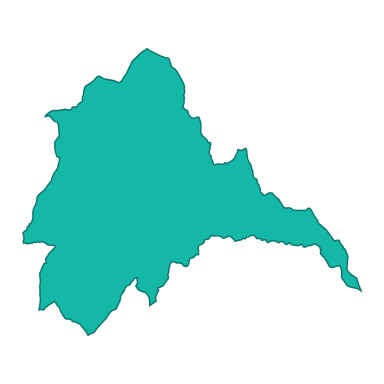 San Bernardo, Nariño, Colombia
{"feature_id": "7082276B75597823165208", "entity_name": "San Bernardo", "entity_type": "district", "adm_level": 2, "iso_a3": "COL", "parent_name": "Colombia", "parent_adm1": "Nariño", "projection": "equal_earth", "projection_center": [-77.01, 1.531], "detail": "fine", "context": "isolated", "style": "filled", "palette": "teal", "viewbox_px": 384, "rotation_deg": 0, "n_neighbors": 0, "source": "geoboundaries", "source_scale": "gbopen_adm2", "svg_char_len": 5926}
<svg xmlns="http://www.w3.org/2000/svg" viewBox="0 0 384 384"><path d="M45.3,116.5L49.1,115.8L52.0,118.5L53.4,120.3L55.2,121.7L57.5,122.0L58.4,125.3L58.8,128.0L59.3,136.7L57.4,138.2L56.8,139.4L54.9,141.9L54.7,143.2L55.1,145.0L54.7,147.4L55.7,152.5L56.8,156.2L57.8,157.1L59.5,157.5L59.6,158.8L59.4,159.6L59.2,161.8L58.6,163.6L57.9,167.0L57.5,168.2L56.4,170.1L53.8,173.7L52.3,177.3L51.3,180.8L46.9,186.4L44.9,189.7L39.8,193.8L38.7,195.0L37.2,197.2L36.3,202.8L35.8,204.3L33.7,208.4L33.2,209.9L32.9,213.8L33.0,217.5L31.5,222.7L31.1,223.4L29.5,223.9L29.2,225.8L28.5,225.8L27.1,227.6L26.9,229.4L26.3,230.4L24.8,231.0L23.0,232.7L24.1,238.6L23.2,241.2L23.6,242.9L23.9,242.6L24.9,242.5L25.5,243.3L25.9,243.4L26.7,243.1L27.6,243.9L29.8,243.2L30.6,243.1L31.5,243.4L32.4,243.1L33.6,242.3L36.1,242.4L37.3,241.6L37.8,241.5L39.4,242.3L42.7,241.6L44.2,242.3L47.9,244.9L49.8,244.9L50.9,245.2L55.5,245.7L55.1,247.3L49.9,252.5L48.4,254.4L47.4,256.7L46.1,257.8L45.7,258.9L45.7,260.2L46.4,263.3L44.5,263.3L44.0,263.8L42.7,266.6L41.7,268.0L41.4,269.9L40.0,272.7L39.7,274.7L40.4,279.9L40.2,284.3L39.7,285.6L40.1,291.9L39.9,295.4L40.5,298.7L39.7,306.6L39.1,309.0L39.2,310.1L40.8,309.3L43.3,310.0L45.0,308.4L45.7,307.5L48.1,305.5L53.1,302.2L54.4,301.5L54.9,301.6L57.4,305.6L59.5,307.8L60.4,310.8L63.0,315.3L65.2,318.4L66.4,319.0L70.8,319.2L71.2,320.0L72.5,321.3L73.2,321.6L75.0,321.8L80.0,324.2L85.5,331.0L86.3,331.6L88.0,335.3L90.9,333.6L94.2,332.3L96.8,328.5L102.4,322.3L106.0,318.6L109.6,313.0L112.2,310.5L112.8,310.1L114.8,309.8L116.4,308.6L120.2,300.1L120.6,297.8L120.5,296.2L120.7,295.6L124.1,291.0L125.2,287.9L127.1,285.8L129.8,284.7L131.8,281.5L133.0,280.6L133.7,279.8L134.3,278.2L136.8,277.6L137.5,282.7L136.7,284.7L135.8,286.1L137.8,289.2L138.4,289.8L139.6,290.6L140.1,290.6L143.2,292.0L144.5,292.2L145.5,292.1L145.9,293.0L147.1,294.2L149.1,297.5L149.4,298.3L149.8,305.6L154.5,302.2L155.9,301.5L156.2,300.6L155.6,299.4L155.6,296.8L157.0,294.1L157.4,292.4L158.4,291.1L158.7,290.3L157.5,289.2L157.5,288.3L163.0,285.9L166.2,281.2L168.1,278.7L168.5,277.0L168.0,275.7L167.9,274.3L168.8,271.7L168.9,268.4L169.6,266.9L170.0,264.7L171.3,261.9L172.1,261.6L173.8,261.8L177.6,263.2L179.9,262.6L180.6,263.4L181.6,263.3L181.9,263.6L184.2,266.3L184.4,266.4L185.7,265.7L186.5,266.6L186.8,266.5L187.8,265.5L188.5,264.3L189.3,260.4L189.8,258.9L190.2,258.2L191.0,257.8L192.6,257.9L193.3,257.2L194.2,257.1L195.0,255.8L196.0,254.8L198.1,254.7L198.6,254.4L198.6,253.4L198.4,252.4L198.6,250.8L198.4,249.9L198.2,247.2L198.3,246.3L198.8,245.5L202.6,243.8L203.9,242.5L204.8,240.0L205.4,239.4L208.2,239.2L209.3,238.1L210.8,235.9L211.7,235.2L213.3,236.0L218.0,235.8L220.7,236.3L222.2,237.7L223.3,238.2L224.7,237.9L228.4,236.2L229.3,236.2L231.6,237.3L234.5,240.3L235.0,241.1L235.3,241.3L237.5,240.5L241.7,239.7L242.9,238.1L243.1,238.0L244.3,238.8L244.9,238.9L246.9,236.9L248.4,236.9L251.2,235.6L252.7,235.1L253.8,235.2L254.8,235.6L256.7,238.6L258.4,238.7L259.3,238.3L260.2,238.5L260.7,238.7L261.6,240.2L262.7,240.3L264.1,239.7L265.0,239.7L265.7,240.1L267.1,242.1L267.8,242.5L268.5,242.5L269.1,241.9L270.6,241.1L272.4,241.0L274.2,240.5L275.4,241.3L276.9,241.6L278.5,242.7L279.0,242.7L279.9,241.7L280.6,241.5L283.0,241.8L284.5,242.9L286.0,244.5L286.8,244.5L288.7,243.2L289.5,243.1L292.4,244.9L298.7,245.7L300.5,244.5L301.3,244.3L302.8,245.6L303.3,246.7L304.2,247.2L306.4,246.5L307.8,245.7L308.4,245.5L310.4,245.7L313.6,244.2L314.5,244.0L315.0,244.2L317.7,245.4L320.0,247.5L320.3,249.2L321.0,249.9L321.0,250.4L320.5,251.7L320.6,253.7L322.1,255.8L324.1,257.2L324.5,257.8L325.4,259.5L326.8,261.4L329.0,265.9L330.3,267.2L331.2,267.4L332.9,267.3L337.7,265.9L340.0,266.1L341.2,268.5L341.4,270.4L341.8,271.3L341.6,276.9L341.9,278.2L342.7,279.4L344.4,281.4L347.1,285.7L351.2,287.3L355.3,288.0L357.7,288.8L359.2,289.5L361.0,290.8L358.6,284.5L356.6,278.1L351.9,275.1L349.9,273.5L347.7,271.1L347.2,270.1L347.0,268.3L347.1,264.8L347.9,256.7L347.3,254.6L345.1,249.4L343.6,248.3L342.8,246.3L340.9,244.0L340.2,242.9L339.5,241.2L338.9,240.3L337.9,240.2L334.3,240.9L326.6,230.3L321.0,225.3L318.7,223.6L317.5,220.4L315.4,217.6L310.8,209.4L310.0,208.5L308.3,208.2L307.5,208.7L306.7,210.0L305.4,210.4L295.3,210.4L293.5,210.2L290.9,208.4L289.4,207.8L286.8,208.0L284.6,207.8L283.0,206.3L278.9,199.6L275.2,196.5L272.6,193.4L271.2,192.8L269.2,193.0L267.9,193.5L264.8,195.6L264.3,195.5L260.3,191.8L260.3,189.5L259.5,187.1L258.8,185.1L256.8,181.7L257.2,180.6L256.9,179.6L256.1,178.9L254.1,178.1L253.4,177.0L253.1,175.2L252.5,170.2L251.5,168.4L251.3,166.0L248.1,160.1L247.5,158.6L247.1,155.8L246.6,150.0L245.8,148.5L245.4,148.3L242.2,150.3L240.0,150.2L238.0,149.5L237.4,152.2L236.9,153.6L235.8,155.4L234.2,158.7L231.8,160.9L228.2,162.9L226.1,163.4L225.2,162.8L224.8,162.8L224.1,163.7L222.6,164.3L217.9,164.0L215.4,164.5L214.5,165.0L214.1,165.0L213.6,164.5L212.4,160.7L211.4,159.2L211.1,156.3L209.9,154.6L209.3,153.1L209.3,151.1L210.0,148.8L210.1,146.7L210.8,144.3L210.6,143.0L209.9,142.5L208.4,142.9L208.1,142.7L207.3,140.3L202.9,136.2L201.2,133.9L200.7,131.0L200.9,125.4L200.6,122.1L199.0,117.5L198.6,117.2L197.2,117.2L194.3,118.3L191.9,117.9L191.3,117.6L190.7,117.2L189.0,115.2L188.2,113.4L188.0,111.7L187.5,110.9L186.9,110.3L185.2,109.8L183.7,107.9L183.0,107.5L183.3,105.3L184.1,102.3L184.0,99.8L184.5,98.7L183.7,95.4L184.6,92.2L184.3,88.3L184.4,86.5L184.1,85.4L183.2,82.8L177.8,72.8L174.9,69.0L171.6,66.9L171.3,66.4L170.7,63.5L169.5,61.1L169.5,59.6L168.2,58.1L165.1,57.6L161.2,56.3L149.4,50.5L147.2,48.7L142.3,51.8L139.7,54.0L132.2,61.4L126.7,73.0L121.4,81.2L119.3,82.6L117.6,82.4L114.3,80.7L104.1,78.9L101.8,77.7L100.4,76.6L98.9,76.2L97.3,76.6L93.8,80.5L91.0,82.8L86.2,85.8L85.1,86.8L84.1,89.6L83.3,95.5L82.5,97.2L82.3,98.1L82.6,100.7L82.3,101.3L81.0,102.4L79.1,103.4L76.9,106.6L75.1,107.3L73.2,106.9L72.1,107.7L70.7,110.1L67.4,109.8L65.1,109.2L62.2,109.9L60.6,110.0L58.6,110.6L54.1,110.5L51.8,111.0L49.2,112.4L46.4,114.7L45.3,116.5Z" fill="#14b8a6" stroke="#0f766e" stroke-width="1.5"/></svg>